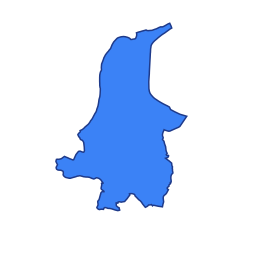 the district of Viet Tri, Phú Thọ, Vietnam, rotated 245°
{"feature_id": "81297802B93284854578765", "entity_name": "Viet Tri", "entity_type": "district", "adm_level": 2, "iso_a3": "VNM", "parent_name": "Vietnam", "parent_adm1": "Phú Thọ", "projection": "robinson", "projection_center": [105.368, 21.333], "detail": "fine", "context": "isolated", "style": "filled", "palette": "blue", "viewbox_px": 256, "rotation_deg": 245, "n_neighbors": 0, "source": "geoboundaries", "source_scale": "gbopen_adm2", "svg_char_len": 4982}
<svg xmlns="http://www.w3.org/2000/svg" viewBox="0 0 256 256"><g transform="rotate(245 128 128)"><path d="M200.1,209.9L202.2,210.1L205.3,210.1L205.4,208.3L205.3,207.2L205.1,205.0L205.0,203.1L205.1,202.0L205.3,201.4L205.8,200.6L205.9,200.1L206.0,198.6L205.9,195.7L206.1,194.2L206.3,191.9L206.4,191.0L206.6,190.4L207.2,188.9L207.7,187.4L208.5,186.2L209.2,185.8L209.2,185.5L209.4,184.4L209.9,181.6L210.0,180.9L210.2,179.3L210.4,178.8L210.5,177.8L210.6,177.0L210.6,176.5L210.7,175.9L210.2,175.8L209.4,175.5L208.6,175.2L208.0,174.8L207.4,174.3L206.8,173.7L206.4,173.3L206.2,173.0L206.0,172.7L205.9,172.3L205.9,172.0L206.0,171.3L206.3,170.4L206.4,170.1L206.6,169.0L206.8,168.5L207.2,167.8L207.4,167.8L207.6,167.8L208.8,167.3L210.3,166.0L211.8,164.2L212.8,162.6L213.6,160.2L213.9,158.1L214.0,156.9L213.8,155.8L212.6,152.8L212.0,151.4L210.2,148.8L207.4,145.8L206.6,144.0L205.7,142.4L205.4,141.5L205.2,141.1L203.9,138.6L201.7,135.7L200.9,135.0L199.1,133.2L197.1,131.1L194.1,129.4L191.8,128.5L190.8,127.3L190.4,126.7L189.3,125.8L187.9,124.8L185.8,123.7L182.2,122.0L180.5,121.3L178.3,120.3L177.5,120.1L176.7,119.8L175.7,119.7L173.8,118.8L170.6,117.1L168.3,115.7L166.1,113.8L163.3,112.0L162.3,111.3L160.9,110.3L159.8,109.3L158.2,107.7L156.8,106.6L155.8,105.4L155.1,104.2L154.1,102.9L153.3,101.8L152.1,100.3L151.1,98.8L150.3,97.1L149.8,96.5L148.7,94.7L148.1,93.4L147.6,91.5L147.1,89.7L146.9,89.0L146.5,88.2L146.1,86.7L145.9,85.7L145.9,84.5L145.9,83.6L145.5,83.7L144.6,82.9L144.1,81.3L143.6,80.3L143.1,79.7L142.1,79.7L141.7,79.7L140.8,79.7L139.9,80.1L138.5,80.1L137.7,80.1L137.3,80.4L136.1,81.4L134.9,81.7L133.5,81.7L132.3,81.3L129.2,80.3L127.3,79.5L125.9,79.0L125.0,78.1L124.9,77.4L125.4,76.6L127.3,74.8L127.7,73.4L127.4,72.5L125.9,69.6L122.2,65.3L122.4,64.5L124.0,63.0L125.1,61.9L126.5,60.8L127.5,59.8L129.1,58.4L128.7,56.3L128.4,54.9L128.4,54.3L128.7,52.8L128.8,52.2L129.4,51.1L129.8,49.9L128.3,48.6L127.6,48.5L124.5,48.6L123.6,47.4L122.8,46.3L121.6,45.9L120.8,45.9L119.6,46.7L119.0,47.6L118.3,49.0L117.7,49.7L116.5,50.7L115.6,50.8L113.8,50.0L113.0,49.4L111.7,49.5L110.3,50.1L109.5,50.7L108.7,51.7L107.3,53.5L106.8,54.6L106.4,57.2L105.9,60.1L105.8,61.7L105.5,62.5L105.1,64.2L103.5,66.2L102.8,66.9L101.4,69.1L100.5,70.9L99.6,72.2L97.5,74.1L96.3,75.4L96.2,75.9L96.2,77.8L96.3,78.2L96.2,78.5L95.5,79.4L94.2,80.7L91.7,81.7L90.9,81.7L89.8,82.0L88.6,82.1L88.5,81.7L88.7,81.4L89.1,81.0L89.0,80.6L87.8,80.3L86.9,79.7L85.6,78.7L84.7,78.1L84.1,78.0L83.4,78.1L81.9,78.9L81.1,79.4L80.6,79.4L80.4,79.2L81.1,78.3L81.2,77.8L81.1,77.0L80.7,76.1L79.3,74.9L77.3,73.2L75.2,71.4L74.9,70.5L74.5,69.9L74.0,69.4L71.8,68.7L70.8,68.2L70.1,67.4L69.5,66.6L69.0,66.1L67.9,66.3L66.8,66.9L66.1,67.7L66.0,68.4L65.6,69.7L64.9,70.9L64.6,71.4L65.4,72.0L65.7,73.4L65.1,74.4L63.6,75.9L62.8,77.5L61.4,79.3L59.3,81.5L57.5,83.7L57.1,85.0L57.1,85.8L57.7,85.9L58.8,86.0L59.1,86.3L59.1,86.8L59.2,86.5L60.2,85.6L61.3,85.0L62.2,84.6L63.1,84.8L65.1,85.6L65.0,86.0L64.4,86.5L64.3,87.3L65.0,87.6L65.0,88.3L64.8,89.0L63.9,90.2L63.6,90.7L63.4,91.6L62.8,93.9L63.7,95.9L64.3,97.3L65.7,99.7L66.1,100.6L66.3,101.1L66.7,101.4L67.7,101.4L67.7,102.0L66.8,104.0L66.7,104.1L66.3,104.6L65.9,105.0L65.2,105.7L64.5,105.9L63.5,105.7L60.4,106.8L58.5,107.4L56.7,108.4L54.9,108.9L53.2,109.1L49.9,109.9L48.8,110.2L48.8,111.4L48.9,112.5L49.1,113.3L49.5,113.9L49.5,114.2L49.1,115.1L48.8,116.1L48.8,116.8L48.6,117.0L47.7,117.1L47.2,117.3L47.3,117.4L47.2,118.4L46.8,119.1L44.2,122.5L42.0,125.9L44.2,127.5L46.0,129.1L48.2,129.8L49.7,130.3L50.8,131.0L51.6,132.1L52.0,134.0L52.6,135.3L54.7,138.1L55.1,138.6L55.4,138.4L56.0,138.0L56.8,138.0L57.3,138.4L57.6,139.1L57.8,139.9L57.9,140.5L58.8,140.9L59.2,141.4L59.4,142.2L59.7,143.1L59.9,143.2L60.5,143.1L60.8,143.5L60.7,144.1L60.9,144.3L61.2,144.5L62.7,145.1L63.6,145.3L65.4,146.1L66.3,146.7L67.1,147.4L67.7,148.3L68.1,149.5L68.8,149.9L69.2,150.0L70.3,150.2L71.6,150.8L72.5,151.1L72.9,151.1L73.3,151.4L73.9,151.9L74.5,151.9L75.4,151.9L77.7,152.7L80.7,151.4L82.8,150.2L84.7,149.3L84.5,150.5L84.6,151.6L84.8,152.3L85.0,152.5L85.5,152.9L85.9,153.1L86.3,152.8L86.8,151.6L87.2,151.4L87.7,151.4L88.0,152.0L88.3,152.3L88.5,152.8L89.0,152.8L89.5,152.7L91.6,153.0L92.2,153.2L95.2,154.2L98.6,154.5L100.2,154.9L101.4,154.9L102.7,154.5L103.0,154.4L103.4,154.7L103.9,155.5L104.4,155.8L105.2,155.9L106.1,155.9L107.4,156.4L109.0,157.6L110.0,158.7L110.5,159.3L111.2,160.0L110.5,160.5L108.1,163.2L107.5,164.6L107.5,165.7L107.4,171.4L107.3,174.0L107.5,175.7L107.8,176.1L108.7,177.7L113.8,186.2L118.5,180.9L123.1,177.1L126.7,174.4L129.5,174.4L131.6,172.9L132.3,172.3L133.4,171.4L135.2,170.0L137.3,168.5L139.5,167.0L141.2,166.0L143.3,164.7L145.1,163.9L146.4,163.5L147.4,163.2L148.1,163.0L149.7,162.7L150.9,162.7L152.4,162.9L154.9,163.6L161.2,166.4L165.8,168.9L167.9,170.1L169.9,171.1L171.6,172.0L186.6,180.0L187.0,180.3L190.1,181.9L191.1,182.6L192.8,183.7L193.8,184.8L195.0,186.9L195.8,189.0L196.7,192.3L197.0,193.2L198.1,197.7L198.5,200.3L198.6,201.3L199.9,207.8L200.1,209.9Z" fill="#3b82f6" stroke="#1e3a8a" stroke-width="1.5"/></g></svg>